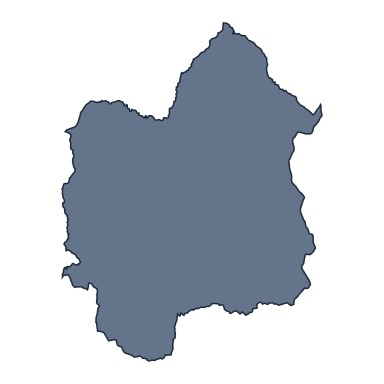 Hacarí, Norte de Santander, Colombia
{"feature_id": "7082276B96739100690345", "entity_name": "Hacarí", "entity_type": "district", "adm_level": 2, "iso_a3": "COL", "parent_name": "Colombia", "parent_adm1": "Norte de Santander", "projection": "robinson", "projection_center": [-73.084, 8.368], "detail": "fine", "context": "isolated", "style": "filled", "palette": "slate", "viewbox_px": 384, "rotation_deg": 0, "n_neighbors": 0, "source": "geoboundaries", "source_scale": "gbopen_adm2", "svg_char_len": 5889}
<svg xmlns="http://www.w3.org/2000/svg" viewBox="0 0 384 384"><path d="M293.8,304.2L293.8,302.1L294.5,299.2L297.4,296.9L299.4,294.0L303.5,289.6L304.4,288.0L305.9,288.5L308.2,288.1L310.4,284.5L310.1,282.8L309.2,280.5L302.2,269.1L301.5,266.1L302.5,265.3L303.8,262.9L304.1,260.0L305.4,254.5L306.0,254.2L309.3,254.7L310.5,254.3L312.8,252.4L315.3,248.4L315.1,247.0L313.2,242.4L313.0,235.5L312.0,234.2L310.3,234.1L309.3,233.5L307.6,228.4L306.0,227.2L305.2,222.2L303.6,219.7L300.4,211.8L300.5,208.6L303.3,199.8L304.3,198.2L304.1,196.6L302.1,193.9L299.0,191.4L296.0,186.7L292.0,182.4L291.5,180.5L291.7,176.0L289.8,169.1L289.3,166.0L289.3,163.2L288.4,160.9L289.8,159.1L292.1,153.5L294.1,150.2L294.1,147.9L292.5,141.2L293.3,137.8L294.2,137.7L294.8,137.1L297.7,132.1L301.6,132.6L305.3,133.8L310.3,133.9L312.0,132.6L312.9,130.6L313.7,127.0L315.3,125.5L318.7,121.2L319.8,118.5L322.0,115.6L320.8,109.4L321.0,105.8L320.5,104.6L318.9,107.8L317.4,109.3L313.8,114.6L313.0,114.7L308.5,110.4L306.0,108.9L303.8,106.8L300.0,104.8L296.5,100.4L296.6,98.8L295.6,96.6L291.9,95.4L290.9,94.1L289.1,93.6L287.4,92.6L285.6,90.5L284.2,91.1L282.8,89.5L281.5,89.6L279.4,88.4L278.3,85.1L275.4,84.4L275.0,83.8L275.3,82.3L272.7,81.9L272.3,81.3L272.7,80.1L272.3,79.5L270.5,78.1L268.9,77.8L267.5,74.5L266.5,69.1L266.8,66.6L267.7,64.5L266.6,61.8L266.8,58.9L266.4,57.7L265.1,56.4L264.5,54.5L262.4,52.5L261.8,50.4L260.4,48.7L256.8,46.4L255.0,44.4L254.5,43.3L251.6,41.5L248.4,40.3L245.3,35.9L241.2,35.4L238.7,33.5L237.6,34.2L234.6,33.1L233.1,33.8L233.1,32.2L234.1,32.3L234.2,31.5L232.1,27.6L230.7,27.5L229.1,24.9L227.0,23.3L223.3,23.0L222.7,30.0L220.6,32.0L218.1,32.9L217.5,35.5L216.3,37.0L214.8,38.0L211.9,38.8L209.6,41.1L209.9,45.1L209.2,46.9L208.0,48.2L205.7,49.5L204.5,51.6L201.5,52.6L200.4,53.5L199.0,55.4L195.3,58.3L193.4,59.2L193.0,61.2L191.2,64.8L191.6,66.5L189.1,68.1L188.4,70.3L186.9,70.4L185.8,72.1L184.3,72.2L182.9,73.5L181.9,72.6L181.5,72.9L179.9,79.4L179.8,81.9L177.8,83.7L177.8,86.6L176.4,87.0L176.5,88.5L175.9,90.0L176.9,91.1L177.2,92.2L176.0,93.8L176.5,96.6L175.5,98.0L175.8,98.9L175.4,101.0L174.0,101.6L173.4,105.3L171.6,107.9L170.1,108.2L169.4,108.8L169.4,113.8L168.3,116.2L168.2,117.5L167.6,118.3L166.8,118.4L165.6,117.7L163.7,117.8L163.1,119.8L161.8,120.8L158.9,119.5L156.5,120.2L155.3,120.0L152.5,116.4L151.4,115.8L149.0,115.7L147.3,118.0L146.7,117.8L146.6,116.6L145.7,115.7L145.0,116.4L145.4,117.8L143.4,117.6L142.6,116.1L139.2,115.3L138.8,114.6L139.1,113.2L137.2,113.1L136.2,111.0L135.3,110.2L133.9,110.5L131.9,109.3L131.6,109.5L131.7,110.4L131.1,111.2L129.9,111.3L129.3,108.9L127.3,108.1L127.3,105.2L126.5,104.7L125.7,105.9L125.0,105.9L124.2,105.3L124.4,104.2L123.4,103.9L122.8,102.0L120.7,101.5L119.4,100.6L117.1,100.9L115.9,101.7L111.7,102.6L110.3,104.0L108.9,102.9L108.3,101.9L107.2,101.7L105.8,100.7L103.9,101.3L101.5,100.7L100.7,102.2L99.2,101.7L97.7,102.6L94.4,101.8L93.5,101.2L90.3,101.2L89.0,102.8L86.2,104.7L83.6,108.2L82.7,110.3L81.4,111.5L80.4,113.3L80.4,114.5L77.8,123.0L75.5,126.7L66.8,129.9L65.2,131.6L69.1,133.2L70.8,134.6L70.8,137.6L69.8,139.3L69.9,140.9L70.8,143.2L70.6,148.0L71.2,149.4L72.8,150.0L72.8,153.0L74.0,155.9L72.7,159.2L72.6,161.3L73.6,166.5L75.3,169.6L74.6,171.9L71.4,175.8L70.9,176.9L69.4,178.1L69.4,180.2L68.4,182.9L67.5,183.4L64.2,183.6L63.4,185.4L62.6,188.4L62.0,189.1L62.6,190.9L62.4,193.6L63.2,197.9L64.0,199.2L64.5,201.1L64.3,202.5L62.9,202.9L62.5,204.4L63.3,205.3L62.9,206.2L63.4,207.2L64.5,208.2L65.0,212.9L65.9,214.3L67.5,215.7L67.2,216.9L68.0,218.5L67.6,219.6L68.0,220.4L67.8,221.4L67.0,222.2L67.6,223.0L67.7,224.5L67.6,226.1L67.0,227.6L67.0,228.5L67.6,229.4L67.2,231.5L68.1,233.5L68.9,234.0L68.0,235.1L68.6,238.3L67.6,238.8L66.9,240.7L65.8,241.9L64.6,242.6L64.0,243.9L65.8,246.7L66.0,250.7L66.4,250.8L67.4,249.9L68.1,249.9L71.4,251.9L71.9,252.9L75.0,254.3L75.9,255.2L76.9,257.4L79.2,259.2L79.5,260.6L80.5,261.8L79.9,263.1L78.4,263.7L78.6,264.8L75.7,264.9L73.3,263.6L72.5,263.6L71.0,265.8L69.2,266.9L67.7,266.5L66.4,266.8L66.3,267.2L66.8,267.8L66.6,269.0L65.6,268.1L64.5,267.7L63.6,270.1L63.4,272.5L62.5,274.3L62.4,277.1L63.4,275.5L65.9,275.2L67.4,274.6L68.2,274.9L70.5,278.7L70.8,280.9L72.0,282.7L72.3,284.7L74.6,287.4L77.0,286.8L81.9,286.9L82.9,287.9L85.7,288.6L87.5,289.8L88.3,286.8L88.6,283.4L89.9,283.2L90.9,283.5L92.2,284.5L93.2,286.6L96.6,288.5L97.1,289.4L97.5,291.9L96.9,294.2L97.0,297.4L97.4,298.4L96.9,299.1L96.6,302.6L97.3,303.9L99.4,305.8L99.2,306.7L98.0,308.1L97.2,314.2L96.2,317.1L95.9,322.2L96.6,323.3L97.6,331.2L99.5,331.1L103.9,332.6L108.6,340.8L114.7,339.6L116.2,340.2L117.3,344.9L118.7,346.1L121.5,346.9L123.8,351.9L125.2,353.0L131.7,355.2L134.3,357.1L138.1,356.6L139.1,356.1L140.9,356.4L142.7,358.3L145.4,358.5L146.6,359.2L147.0,360.0L148.9,361.0L152.1,360.1L154.7,360.4L155.6,360.1L156.7,359.1L158.6,359.0L159.2,358.3L160.8,358.3L162.2,359.0L164.0,357.8L165.4,355.0L167.3,355.2L171.2,354.8L171.3,353.2L173.0,348.5L172.7,345.6L173.3,340.0L173.8,338.8L175.0,338.1L175.3,335.2L174.8,334.3L175.5,333.0L174.7,331.9L175.0,328.9L174.5,327.5L176.3,321.3L177.0,320.2L176.9,318.1L177.6,313.9L179.3,315.9L179.8,316.0L181.1,313.0L182.2,314.3L183.9,315.4L185.1,313.3L187.6,312.9L188.8,311.4L192.3,309.4L192.8,309.4L193.3,310.2L196.8,308.1L197.9,308.7L201.2,307.1L204.3,307.3L206.7,306.4L208.9,306.4L211.0,305.0L211.6,303.9L214.2,303.4L216.8,303.8L218.3,303.6L218.8,304.8L219.6,305.5L221.5,304.7L222.7,304.9L223.8,306.6L224.4,309.2L226.6,311.0L228.8,311.6L230.1,313.4L230.6,313.5L234.0,311.4L235.9,310.9L237.4,311.6L239.7,313.8L241.0,313.5L241.8,312.1L242.3,312.0L244.3,313.6L245.6,315.2L247.9,314.2L249.9,312.5L251.7,312.3L252.7,310.6L252.5,309.2L252.8,308.7L257.0,308.2L257.0,304.3L257.5,303.6L259.6,302.3L261.2,302.4L262.5,304.1L264.7,303.2L267.3,304.3L268.3,304.1L268.9,303.2L272.6,302.8L273.7,303.4L274.1,304.2L275.7,303.8L278.8,305.2L286.6,302.9L287.8,303.1L289.9,304.9L291.2,305.5L293.8,304.2Z" fill="#64748b" stroke="#1e293b" stroke-width="1.5"/></svg>